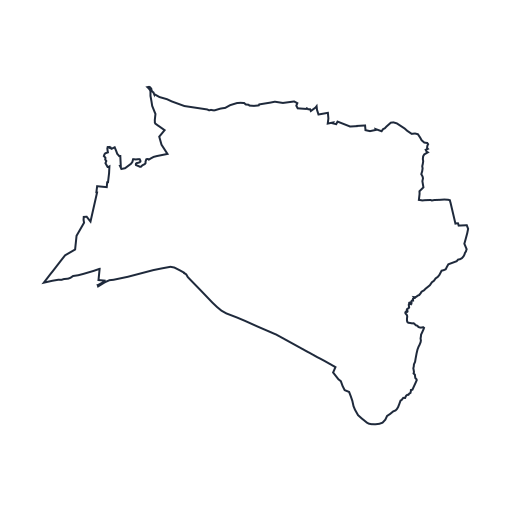 the district of Amacueca, Jalisco, Mexico, rotated 86°
{"feature_id": "50627088B63985202353030", "entity_name": "Amacueca", "entity_type": "district", "adm_level": 2, "iso_a3": "MEX", "parent_name": "Mexico", "parent_adm1": "Jalisco", "projection": "orthographic", "projection_center": [-103.62, 19.989], "detail": "fine", "context": "isolated", "style": "outline", "palette": "slate", "viewbox_px": 512, "rotation_deg": 86, "n_neighbors": 0, "source": "geoboundaries", "source_scale": "gbopen_adm2", "svg_char_len": 5944}
<svg xmlns="http://www.w3.org/2000/svg" viewBox="0 0 512 512"><g transform="rotate(86 256 256)"><path d="M410.3,121.9L409.8,120.8L407.8,119.0L408.0,117.1L407.0,116.7L405.8,115.9L405.0,114.7L405.1,113.6L404.0,112.8L403.4,111.5L401.5,110.9L400.5,110.8L400.3,109.3L393.7,105.7L391.6,104.6L391.3,104.4L390.3,104.4L388.8,105.6L385.4,105.8L384.2,107.0L382.8,106.5L380.4,106.7L379.0,106.9L377.1,106.3L375.1,106.0L372.7,104.7L369.3,103.9L364.0,102.5L360.5,101.4L357.7,100.1L356.1,99.1L353.4,97.8L351.7,97.4L349.8,97.6L347.7,97.1L345.9,96.8L344.0,95.7L340.6,93.9L339.4,93.4L339.0,93.9L338.7,94.2L338.9,95.5L338.9,97.0L338.2,98.9L337.4,99.4L336.8,100.0L336.3,101.3L335.2,102.3L334.1,103.4L334.1,105.0L333.6,106.8L333.2,108.8L332.2,109.7L330.7,109.9L328.5,109.7L327.3,109.4L326.4,109.4L326.0,109.5L325.6,109.6L325.1,109.8L324.9,110.0L324.5,110.3L324.2,110.5L323.7,110.9L323.0,111.0L322.4,110.8L322.0,110.4L322.0,109.8L322.3,109.5L322.4,109.3L322.3,109.1L322.1,108.8L321.9,108.7L321.7,108.7L321.1,108.8L320.9,109.2L320.7,109.3L320.4,109.4L320.0,109.2L319.3,108.8L319.0,108.2L318.9,107.5L318.8,107.4L318.1,107.0L317.9,106.8L317.6,106.8L317.2,106.9L316.4,107.0L316.1,107.0L315.8,106.9L315.3,107.0L315.0,106.9L314.8,106.8L314.7,106.3L313.5,106.5L313.2,106.2L313.3,105.7L314.4,105.3L314.6,105.2L314.8,105.0L314.9,104.8L314.4,104.6L314.4,104.3L314.1,104.2L313.8,104.2L313.6,104.2L313.3,104.1L313.0,104.1L312.6,104.4L312.2,104.3L311.7,103.9L311.5,103.7L311.3,103.5L311.2,103.3L311.4,103.0L311.4,102.8L311.4,102.6L311.4,102.4L311.0,102.4L310.6,102.4L310.0,102.4L309.4,102.3L309.0,101.6L309.0,101.0L309.0,100.7L308.6,100.7L308.1,101.1L308.3,100.1L308.0,99.7L307.9,98.9L306.9,97.6L306.3,95.8L305.7,95.5L305.3,94.9L304.9,94.6L304.5,94.2L303.8,93.9L303.0,93.0L301.9,90.7L300.5,89.2L299.0,87.0L297.3,84.6L294.5,82.4L293.1,80.2L290.9,78.4L289.5,76.1L287.7,74.4L283.6,71.9L283.2,69.7L282.5,67.7L280.1,66.3L277.7,64.7L275.2,56.2L273.7,54.7L273.4,52.6L272.5,50.7L270.8,49.0L269.0,47.9L267.6,47.4L266.0,46.2L265.3,46.0L263.9,45.4L258.3,47.3L254.1,45.8L248.0,43.7L243.7,42.5L240.0,43.6L239.8,51.7L237.5,52.2L237.4,53.4L237.6,54.8L216.6,58.2L215.2,58.5L213.9,58.7L213.3,60.4L212.8,64.2L212.8,68.4L212.6,74.3L212.9,76.7L212.3,77.9L212.2,80.7L212.1,83.8L212.2,86.2L211.7,88.1L211.4,89.6L205.5,88.5L202.8,88.4L199.2,84.2L193.0,84.8L190.1,84.0L188.3,84.3L185.9,85.4L183.0,84.3L180.2,83.7L178.0,83.9L175.8,83.2L173.1,82.6L170.9,82.8L168.2,82.3L166.4,81.1L164.6,77.4L163.8,78.5L161.9,79.3L161.1,77.1L160.3,77.8L159.0,77.6L157.8,77.3L156.5,76.5L155.2,77.3L154.6,80.2L152.1,82.7L149.3,84.0L147.2,85.2L145.8,86.0L144.9,88.8L145.0,92.2L141.6,96.5L139.2,98.8L133.5,106.3L132.3,109.6L132.4,112.2L136.0,116.9L137.6,118.6L138.3,120.4L140.3,122.0L137.7,127.9L138.6,127.7L139.4,133.6L138.1,138.0L133.4,138.1L133.3,146.1L133.5,146.2L133.4,153.2L133.3,153.3L127.6,165.3L130.1,166.8L128.9,170.4L128.2,169.9L128.9,175.2L123.9,174.2L118.2,174.3L119.2,183.8L114.3,185.0L110.8,185.1L112.1,186.3L115.2,191.2L114.9,191.3L113.4,191.8L113.3,193.7L112.7,194.3L112.2,195.0L112.8,195.6L111.6,204.1L108.9,205.3L106.4,204.1L104.5,207.2L105.2,218.5L103.4,226.4L104.0,231.1L104.5,236.7L105.0,242.2L105.9,242.7L106.0,243.6L106.1,247.6L105.5,252.0L104.6,252.9L104.1,255.7L102.6,257.1L102.1,260.7L102.1,264.3L103.7,271.2L106.1,276.4L106.3,279.3L106.5,281.3L107.8,287.1L107.7,288.5L107.1,290.7L107.4,292.6L106.4,294.5L101.4,317.0L95.9,329.3L93.4,333.8L90.7,341.2L87.5,346.1L87.8,346.2L86.4,346.7L85.8,346.8L85.1,347.6L84.1,348.4L83.0,348.7L81.8,348.8L80.2,350.0L79.8,350.9L80.0,352.5L81.2,351.4L83.0,350.2L84.4,349.8L89.0,350.1L94.3,349.5L99.0,349.1L105.2,347.1L107.3,346.4L113.5,347.5L114.6,347.5L115.8,347.6L116.9,347.2L119.5,344.1L119.6,343.9L124.1,338.4L130.2,344.2L138.4,342.5L148.0,337.2L149.4,348.0L150.0,351.2L151.2,353.9L152.4,356.2L151.7,357.0L151.7,358.0L151.9,358.7L154.1,359.6L155.6,359.7L156.6,360.6L157.4,362.6L157.9,363.4L158.9,364.5L158.9,365.6L158.3,366.6L157.9,367.4L157.5,368.2L157.2,368.8L156.9,369.4L156.5,369.5L155.5,369.3L155.0,368.6L154.8,367.0L154.4,365.6L153.7,364.7L152.8,364.7L151.3,365.3L151.2,366.6L151.3,369.2L150.9,371.3L150.9,371.9L152.8,372.5L153.6,372.8L155.3,374.3L159.3,380.5L159.8,384.2L156.8,385.3L156.9,384.6L146.8,384.4L146.8,385.5L145.8,386.2L144.4,387.3L141.6,388.1L137.7,389.4L139.0,392.6L138.4,393.4L137.9,393.4L137.9,394.2L137.4,394.2L137.0,394.3L137.0,394.6L137.0,395.3L137.5,395.2L137.4,395.5L137.1,396.4L138.4,396.8L140.4,396.7L142.3,396.5L143.0,399.1L143.9,400.0L145.7,400.8L145.9,400.6L146.3,400.3L146.7,400.0L147.0,399.7L147.4,399.4L147.5,399.4L148.0,399.4L148.3,399.5L149.3,399.7L150.8,398.7L152.9,399.7L156.9,397.8L156.9,397.1L156.4,396.0L163.2,396.8L172.1,398.5L172.1,399.3L176.9,400.1L175.3,409.6L181.3,410.8L181.5,410.1L210.1,418.7L205.0,422.2L205.0,425.1L208.0,425.5L210.8,425.2L223.3,433.6L226.1,434.1L236.9,436.0L242.0,446.4L246.4,450.4L257.3,460.1L259.2,461.9L267.8,469.5L266.5,460.9L265.9,454.8L266.2,451.6L265.9,450.5L265.6,449.2L265.5,445.0L264.8,442.6L263.2,439.9L262.8,434.7L261.8,429.4L259.5,418.9L257.9,413.0L257.9,412.9L264.4,414.0L269.0,414.8L270.0,408.7L270.8,408.8L274.0,415.7L274.0,415.9L275.3,415.6L271.9,409.1L271.3,407.7L269.9,403.8L269.8,399.9L267.8,385.3L262.9,359.4L261.8,350.9L260.8,342.1L261.8,338.3L263.1,336.1L264.9,333.1L267.7,328.8L268.1,328.9L269.4,326.9L272.3,325.5L277.3,321.3L286.4,313.6L299.5,302.7L304.1,298.5L308.1,294.3L311.2,289.6L316.1,279.1L319.9,271.6L326.3,259.7L335.1,242.7L335.6,241.6L347.0,223.9L355.3,211.1L356.1,209.7L361.1,202.1L362.8,199.2L365.5,194.9L372.4,184.5L377.6,187.2L384.7,182.4L386.8,180.1L391.7,178.7L396.0,176.9L398.1,172.6L402.7,171.2L407.2,170.0L412.6,169.2L416.2,168.0L421.9,165.3L425.7,161.6L427.4,159.7L428.1,159.0L428.9,158.1L429.9,157.1L431.1,155.2L431.8,152.7L432.2,148.7L432.0,144.7L431.1,141.4L428.3,138.4L427.2,137.8L424.7,136.4L422.9,133.2L420.6,130.0L419.8,127.6L418.6,126.2L416.5,124.7L414.9,124.0L414.6,123.8L410.3,121.9Z" fill="none" stroke="#1e293b" stroke-width="2"/></g></svg>